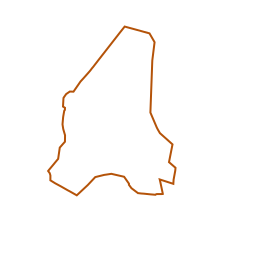 Al Wazi'yah, Ta`izz, Yemen (orthographic projection), rotated 127°
{"feature_id": "15242507B35226342487044", "entity_name": "Al Wazi'yah", "entity_type": "district", "adm_level": 2, "iso_a3": "YEM", "parent_name": "Yemen", "parent_adm1": "Ta`izz", "projection": "orthographic", "projection_center": [43.764, 13.18], "detail": "fine", "context": "isolated", "style": "outline", "palette": "amber", "viewbox_px": 256, "rotation_deg": 127, "n_neighbors": 0, "source": "geoboundaries", "source_scale": "gbopen_adm2", "svg_char_len": 1186}
<svg xmlns="http://www.w3.org/2000/svg" viewBox="0 0 256 256"><g transform="rotate(127 128 128)"><path d="M59.5,149.2L53.6,152.6L43.5,158.4L43.1,159.3L39.5,167.8L44.4,180.2L49.0,191.7L57.2,191.9L74.9,192.2L86.7,192.4L91.9,192.5L92.8,192.5L100.6,192.6L101.9,192.7L103.4,192.7L104.8,192.7L106.5,192.8L115.3,193.5L119.5,193.9L131.8,193.4L133.9,196.4L138.1,197.8L141.5,197.7L142.8,197.6L144.2,196.7L150.0,192.8L149.8,190.5L151.5,189.3L152.6,189.3L157.5,186.8L158.6,186.2L164.5,182.5L167.8,179.1L171.7,173.9L176.9,170.1L180.6,170.4L182.1,170.5L184.7,170.7L194.7,165.2L196.2,165.3L207.0,165.8L208.9,165.9L210.4,165.9L211.2,163.3L212.6,161.4L216.5,158.5L216.1,154.2L216.0,153.0L215.0,146.4L214.0,138.6L213.7,136.8L213.5,135.3L212.6,128.4L197.8,125.8L186.9,124.6L179.8,118.8L178.4,117.4L174.6,113.7L173.9,112.1L169.3,101.8L169.3,101.7L171.9,93.7L172.8,93.1L174.0,89.0L174.0,80.8L173.9,80.7L172.4,78.1L170.9,75.8L167.7,70.5L164.8,65.9L163.8,65.6L163.2,64.9L159.8,60.5L159.6,60.6L151.5,69.9L150.0,71.7L145.3,58.2L145.0,58.4L141.8,60.5L133.6,64.6L131.2,66.1L130.6,74.7L114.3,82.6L112.9,99.4L111.3,103.2L110.3,105.3L102.2,119.4L59.5,149.2Z" fill="none" stroke="#b45309" stroke-width="2"/></g></svg>